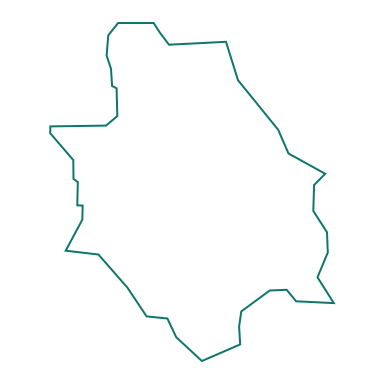 Skrapar, Berat, Albania (Mercator projection)
{"feature_id": "67620474B62055143354216", "entity_name": "Skrapar", "entity_type": "district", "adm_level": 2, "iso_a3": "ALB", "parent_name": "Albania", "parent_adm1": "Berat", "projection": "mercator", "projection_center": [20.254, 40.545], "detail": "fine", "context": "isolated", "style": "outline", "palette": "teal", "viewbox_px": 384, "rotation_deg": 0, "n_neighbors": 0, "source": "geoboundaries", "source_scale": "gbopen_adm2", "svg_char_len": 633}
<svg xmlns="http://www.w3.org/2000/svg" viewBox="0 0 384 384"><path d="M65.7,250.7L98.4,254.5L127.4,287.6L146.6,316.4L167.4,318.5L176.2,337.2L201.9,361.0L240.2,344.4L239.1,326.5L241.3,311.4L269.8,290.5L286.7,289.8L296.1,301.3L333.8,303.1L317.5,277.3L327.8,252.5L327.0,232.3L313.3,210.9L314.1,185.0L325.2,173.8L288.5,153.5L278.2,129.8L238.0,80.2L226.0,41.8L169.0,44.7L159.7,32.4L153.7,23.0L118.1,23.0L108.3,35.3L106.6,55.5L111.0,68.8L112.1,86.0L116.6,88.3L117.3,116.1L106.0,125.6L50.4,126.4L50.2,133.2L73.3,160.1L73.5,179.0L77.8,182.0L77.3,205.3L82.7,205.6L82.3,219.7L65.7,250.7Z" fill="none" stroke="#0f766e" stroke-width="2"/></svg>